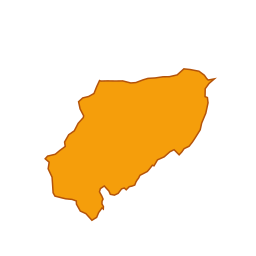 Fasoula Lemesou, Limassol, Cyprus (Robinson projection), rotated 235°
{"feature_id": "46923920B8912190336740", "entity_name": "Fasoula Lemesou", "entity_type": "district", "adm_level": 2, "iso_a3": "CYP", "parent_name": "Cyprus", "parent_adm1": "Limassol", "projection": "robinson", "projection_center": [33.027, 34.754], "detail": "fine", "context": "isolated", "style": "filled", "palette": "amber", "viewbox_px": 256, "rotation_deg": 235, "n_neighbors": 0, "source": "geoboundaries", "source_scale": "gbopen_adm2", "svg_char_len": 1353}
<svg xmlns="http://www.w3.org/2000/svg" viewBox="0 0 256 256"><g transform="rotate(235 128 128)"><path d="M75.8,61.3L77.7,62.8L80.7,63.1L82.9,64.7L84.1,66.8L87.3,67.5L92.1,68.0L94.2,70.6L94.1,75.3L90.9,75.7L87.3,76.2L83.8,75.5L80.8,78.4L80.1,82.4L81.8,87.8L81.0,90.5L78.4,91.1L79.2,95.4L78.1,98.0L77.4,100.8L79.2,103.5L80.2,105.7L80.8,107.7L81.2,108.5L82.4,110.6L81.8,114.9L81.3,118.9L82.1,122.0L83.5,126.6L82.1,127.6L85.0,133.9L83.6,141.1L84.5,148.8L83.8,153.3L76.7,154.5L77.5,158.2L78.9,162.1L78.0,167.6L79.6,172.8L81.3,177.1L81.8,178.3L85.1,186.1L89.8,191.2L95.5,200.2L102.7,208.0L107.4,210.5L109.5,209.1L115.9,213.8L118.0,219.9L118.7,226.9L119.2,225.8L121.3,221.2L123.4,220.8L124.9,220.8L127.5,220.8L133.8,218.7L140.3,212.4L143.5,208.7L144.4,207.7L143.3,198.7L146.3,191.3L149.9,186.0L153.4,179.0L157.2,172.8L158.8,168.0L160.7,160.5L163.3,156.1L169.6,150.7L173.6,144.8L178.3,138.3L182.1,132.6L183.2,131.9L179.9,126.2L175.8,119.9L176.4,113.8L178.6,108.2L177.9,102.6L171.1,99.7L163.5,98.7L162.2,97.4L160.4,89.8L156.5,82.4L156.5,75.6L152.9,68.0L148.9,66.0L148.7,59.2L148.2,53.4L151.1,46.0L150.3,42.5L145.2,43.8L140.4,39.2L131.3,37.6L125.8,34.3L117.9,29.5L114.1,29.1L108.5,33.9L105.8,36.3L101.6,41.2L97.9,43.8L95.2,42.1L87.3,41.3L82.0,44.4L73.1,45.5L72.8,51.1L75.6,55.5L77.4,60.8L75.8,61.3Z" fill="#f59e0b" stroke="#b45309" stroke-width="1.5"/></g></svg>